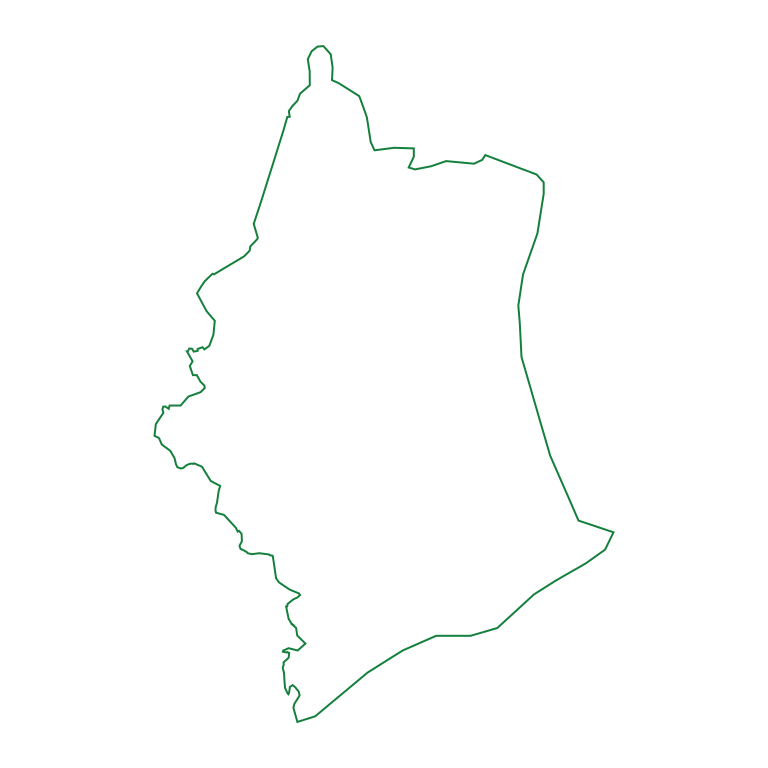 Meinpea-Mahn, Nimba, Liberia (Mercator projection)
{"feature_id": "62588387B99870761463073", "entity_name": "Meinpea-Mahn", "entity_type": "district", "adm_level": 2, "iso_a3": "LBR", "parent_name": "Liberia", "parent_adm1": "Nimba", "projection": "mercator", "projection_center": [-9.109, 7.008], "detail": "fine", "context": "isolated", "style": "outline", "palette": "green", "viewbox_px": 768, "rotation_deg": 0, "n_neighbors": 0, "source": "geoboundaries", "source_scale": "gbopen_adm2", "svg_char_len": 3291}
<svg xmlns="http://www.w3.org/2000/svg" viewBox="0 0 768 768"><path d="M300.1,93.6L299.6,94.8L297.4,100.8L297.0,101.2L292.3,106.2L289.2,110.5L288.9,111.5L289.7,116.8L287.3,117.0L284.6,126.4L283.2,131.3L278.0,147.7L272.1,166.6L268.9,176.7L262.3,197.7L260.0,204.9L253.7,223.9L255.9,231.3L256.7,234.0L257.8,237.8L257.3,239.1L250.3,246.4L249.6,250.8L249.2,251.2L243.9,256.5L243.3,256.8L221.9,269.6L216.6,272.8L214.3,274.1L214.0,274.3L212.5,273.8L208.5,277.6L204.8,281.2L201.1,286.6L197.0,293.3L205.6,309.4L206.5,311.0L208.9,313.9L214.8,320.8L214.1,327.7L213.4,334.8L209.3,345.9L209.0,346.1L204.4,349.4L202.5,347.2L197.6,349.0L197.6,350.9L193.7,351.6L192.1,348.8L191.6,348.7L189.3,348.5L187.7,351.6L187.0,351.5L192.6,361.3L189.8,366.0L190.7,368.6L192.9,375.1L196.8,375.1L200.4,381.6L204.3,385.5L204.8,387.9L201.2,391.5L200.7,392.1L189.3,396.2L188.4,396.6L182.0,403.9L180.7,405.5L176.1,405.5L169.6,405.5L168.7,408.8L165.5,406.6L163.2,406.6L163.0,407.4L162.4,409.4L163.4,412.8L155.9,424.0L155.8,424.3L155.6,426.3L154.7,434.1L154.5,435.8L157.9,437.5L159.0,438.1L161.8,444.5L163.5,445.8L170.4,450.9L170.5,451.1L171.0,452.0L174.5,458.1L175.1,460.2L175.9,464.1L177.4,467.2L180.8,468.5L181.4,468.4L183.4,467.8L186.5,465.2L189.1,464.1L191.1,463.6L193.2,463.9L193.6,463.4L194.8,463.6L202.1,466.8L203.9,469.9L210.7,480.9L215.3,483.4L220.2,485.9L219.2,489.2L218.7,490.8L218.3,493.8L217.0,502.6L216.5,504.4L215.7,507.1L215.5,510.4L216.0,512.7L216.4,512.8L224.0,514.9L235.8,527.7L237.7,531.6L239.1,530.9L241.6,533.9L241.9,541.2L239.5,545.8L239.9,547.0L240.6,549.0L243.7,550.3L246.8,552.1L247.6,553.2L251.9,554.2L259.4,553.2L259.9,553.3L269.2,554.5L269.8,555.2L272.7,555.8L273.4,560.0L275.2,572.3L276.1,578.2L278.9,582.3L283.1,585.2L286.1,587.2L289.7,589.6L294.0,591.4L298.9,593.4L299.8,594.7L300.1,595.0L297.5,597.4L293.3,599.4L287.6,603.9L287.2,606.4L286.1,606.5L286.7,609.5L288.6,618.7L291.3,623.4L293.0,624.7L292.5,624.8L296.1,627.9L297.2,635.4L297.3,635.6L300.1,638.4L300.6,638.8L305.4,643.6L297.7,650.5L288.6,648.2L287.7,648.6L285.5,649.6L283.3,650.5L282.9,651.7L286.9,652.5L287.7,652.0L288.6,652.9L289.2,653.0L289.2,653.4L288.6,657.8L283.6,662.3L283.7,664.8L282.7,667.6L283.9,672.6L284.0,672.9L284.1,674.6L284.6,682.6L285.0,687.9L287.7,693.5L288.4,694.2L289.1,692.7L289.9,686.9L292.6,685.1L295.3,687.3L298.8,691.8L299.6,695.5L294.4,703.8L293.9,705.7L293.4,707.8L297.4,721.9L315.2,716.3L332.3,702.0L357.5,681.0L367.4,672.7L394.2,655.8L402.9,650.4L425.0,640.7L436.2,635.8L470.6,635.8L475.4,634.4L497.3,628.0L527.6,600.3L534.0,594.4L555.1,581.0L559.1,578.7L562.7,576.6L586.2,563.1L605.0,549.7L605.5,548.8L613.5,532.3L578.5,520.6L568.5,497.5L556.8,470.8L550.0,455.2L548.4,449.5L540.9,423.9L528.6,381.4L521.5,357.0L519.9,325.2L519.7,322.2L518.3,305.3L518.6,303.8L521.9,281.8L523.1,274.2L524.1,271.4L524.6,270.0L537.4,233.5L542.6,200.8L543.7,193.6L543.7,182.4L536.6,174.5L485.3,155.1L482.2,159.9L474.0,163.7L446.1,161.1L435.0,164.9L430.9,166.3L415.0,169.4L408.7,167.5L413.8,156.7L413.8,152.8L413.8,148.4L394.1,147.8L385.5,148.9L374.5,150.3L370.7,142.0L368.1,125.2L366.8,117.1L364.7,111.1L360.7,100.0L359.2,96.1L338.9,83.3L332.0,80.1L332.5,70.6L332.6,67.4L330.7,54.2L323.4,46.1L317.5,46.6L311.7,51.2L307.8,59.1L309.7,71.4L309.7,74.1L309.8,85.2L300.1,93.6Z" fill="none" stroke="#15803d" stroke-width="2"/></svg>